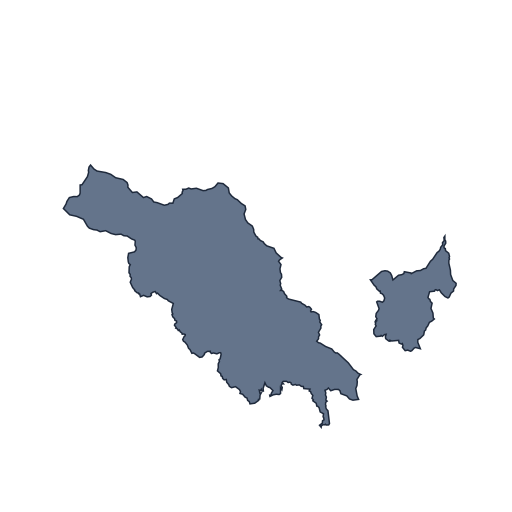 Ocaña, Norte de Santander, Colombia (Albers equal-area conic projection), rotated 125°
{"feature_id": "7082276B12484805764820", "entity_name": "Ocaña", "entity_type": "district", "adm_level": 2, "iso_a3": "COL", "parent_name": "Colombia", "parent_adm1": "Norte de Santander", "projection": "albers", "projection_center": [-73.373, 8.221], "detail": "fine", "context": "isolated", "style": "filled", "palette": "slate", "viewbox_px": 512, "rotation_deg": 125, "n_neighbors": 0, "source": "geoboundaries", "source_scale": "gbopen_adm2", "svg_char_len": 6104}
<svg xmlns="http://www.w3.org/2000/svg" viewBox="0 0 512 512"><g transform="rotate(125 256 256)"><path d="M282.7,161.1L277.8,161.5L276.3,162.7L274.6,162.8L273.5,165.9L271.8,166.5L271.4,167.8L267.9,170.9L268.0,174.7L268.7,177.2L270.2,178.9L269.7,179.8L267.8,180.0L267.1,182.5L267.2,183.8L268.7,185.3L268.2,187.6L268.6,191.6L268.1,192.9L272.6,204.7L272.6,207.0L271.3,207.7L270.5,211.1L269.3,212.9L269.2,214.8L270.1,216.1L268.3,216.0L266.0,219.5L264.5,219.9L262.5,222.4L258.7,222.7L256.3,224.7L255.6,226.4L252.8,229.0L248.7,230.6L247.4,234.5L245.7,234.5L242.5,233.3L242.8,234.8L241.9,241.3L239.4,245.7L241.5,253.0L241.1,256.4L240.3,258.1L240.8,261.4L240.3,263.3L240.8,264.2L239.7,265.3L239.7,267.5L237.7,271.5L235.5,273.2L233.6,276.2L233.6,281.7L232.2,285.5L228.4,289.9L223.7,291.1L221.2,293.7L221.4,298.2L220.6,303.6L221.1,306.1L220.8,310.3L219.7,314.1L216.1,317.7L215.6,324.5L218.0,329.0L222.8,329.4L225.9,330.8L229.5,334.0L230.9,334.5L232.8,336.8L234.7,343.7L238.3,347.6L238.9,350.1L241.4,351.6L243.4,354.3L244.1,353.4L246.1,353.1L247.1,352.2L253.0,353.7L256.1,355.7L260.4,354.4L262.4,357.3L264.1,357.6L267.0,360.2L269.0,367.6L270.4,370.7L269.2,374.3L270.0,379.7L272.7,381.7L271.8,390.3L274.9,393.7L273.2,400.4L271.3,401.6L269.8,403.7L269.5,408.7L272.4,415.9L272.4,421.8L273.8,426.9L277.6,435.0L277.7,438.6L276.4,443.7L278.9,443.8L282.1,442.4L283.4,441.1L287.7,439.6L297.4,439.4L298.7,440.8L305.4,436.1L307.3,435.6L309.9,436.5L311.9,439.5L315.2,442.4L319.7,442.2L322.3,441.4L327.6,441.0L329.1,432.2L326.4,425.7L324.9,418.4L328.3,411.1L328.8,408.5L327.6,404.2L326.0,401.2L325.5,397.6L321.5,393.7L320.7,387.7L319.0,383.2L315.5,379.1L315.2,375.9L313.5,373.0L313.4,367.8L312.6,364.5L313.1,363.4L316.5,361.4L317.9,358.8L320.0,357.7L322.3,357.9L326.9,361.9L330.8,360.1L334.1,357.2L335.0,355.9L335.2,354.0L337.5,353.7L342.6,350.4L343.2,348.5L344.9,347.5L345.3,345.7L346.5,344.7L349.6,344.0L352.6,338.9L353.4,335.8L354.0,335.5L354.3,332.1L353.7,331.0L354.3,330.4L353.8,329.6L355.6,327.3L352.7,325.5L351.9,321.7L349.9,319.5L348.0,319.2L347.0,320.5L344.8,319.7L342.9,318.2L343.9,315.9L342.9,315.4L343.5,312.1L343.4,306.7L342.5,303.7L343.0,302.2L342.3,296.5L348.1,294.4L350.5,292.2L351.2,290.9L352.2,291.2L353.6,289.2L354.0,286.8L355.2,285.5L354.8,283.9L355.6,283.1L356.2,282.8L358.3,283.5L359.5,283.1L360.4,280.3L361.1,280.3L360.8,278.8L361.6,276.9L360.6,276.5L361.5,274.7L361.7,272.4L362.4,271.6L361.3,270.4L360.9,268.9L362.0,268.3L363.0,268.7L366.5,268.1L367.4,266.5L367.3,264.8L368.3,261.2L370.3,258.3L370.5,256.4L372.5,252.7L371.5,251.9L371.2,250.5L371.4,244.0L369.6,242.2L366.3,241.8L365.2,242.4L362.1,241.2L360.3,238.8L361.0,238.4L361.4,236.6L359.8,235.2L358.6,231.9L356.3,230.6L355.5,229.5L356.5,228.2L360.8,226.4L362.2,226.8L363.3,225.5L366.0,225.1L369.0,222.9L372.2,221.7L372.7,217.4L374.3,215.9L374.0,214.6L375.4,213.1L375.7,211.0L374.2,209.5L376.2,207.6L377.0,204.6L378.0,203.1L377.9,200.5L374.8,197.9L374.9,193.0L376.0,190.9L377.8,190.3L376.9,187.6L377.9,183.9L377.5,181.9L379.1,180.0L379.1,178.0L380.6,176.1L377.3,172.6L372.7,171.0L372.1,171.7L371.0,170.9L367.6,172.9L365.1,173.2L366.1,174.2L364.0,176.4L363.6,175.0L362.2,175.2L363.2,173.7L362.4,172.5L360.4,174.2L354.7,176.0L356.4,173.1L356.3,170.5L355.8,169.2L356.5,164.9L359.8,164.7L361.0,163.8L362.1,165.0L363.0,164.0L359.9,162.3L357.6,160.1L356.2,157.6L354.6,157.0L349.9,160.3L350.7,158.1L348.6,159.1L347.7,161.1L346.0,161.5L345.0,160.2L344.6,162.0L343.1,161.8L341.1,159.0L341.2,157.1L339.9,155.9L339.9,154.4L340.7,153.6L340.6,151.7L338.6,150.0L338.6,148.7L336.7,146.5L336.8,144.1L335.7,142.4L337.2,140.8L334.1,135.4L336.0,135.1L335.8,133.4L336.9,132.0L337.6,129.5L340.5,128.5L340.9,126.5L342.0,126.4L342.1,122.2L344.1,120.1L343.7,119.3L344.0,117.4L346.9,114.0L346.5,110.2L349.3,108.8L349.4,108.1L351.2,106.3L352.8,107.0L354.9,105.8L358.2,106.9L358.9,104.4L357.8,105.0L356.0,104.5L354.8,102.8L354.0,102.6L354.2,101.6L352.7,99.6L351.1,99.7L341.5,108.3L340.9,110.8L339.5,112.5L338.7,112.6L338.0,113.7L335.9,115.0L334.1,114.5L333.9,116.2L331.2,117.4L330.0,119.4L328.1,120.3L326.4,122.5L324.6,121.3L322.6,121.0L323.5,117.5L320.1,115.0L318.0,111.9L318.2,110.0L320.1,107.5L318.5,101.4L319.5,97.4L318.5,93.9L314.6,89.7L312.6,92.9L307.3,98.3L304.2,99.0L300.9,100.9L299.3,102.5L293.8,102.8L293.0,102.3L293.5,105.1L292.9,108.3L293.2,111.0L290.6,119.1L288.8,132.0L288.8,134.0L289.7,134.9L289.8,136.8L288.7,140.6L290.2,147.0L290.5,153.4L291.2,155.1L291.0,157.4L287.9,157.3L286.4,158.4L284.2,158.6L282.7,161.1ZM197.1,130.1L194.2,133.6L192.8,136.3L192.9,139.5L194.1,141.9L196.7,144.3L208.9,147.4L209.9,148.6L212.2,142.4L212.4,140.2L213.7,138.1L214.1,134.8L213.5,134.2L215.0,132.8L214.6,130.9L215.0,129.0L216.6,126.5L219.3,125.5L221.4,125.9L222.1,128.7L223.3,130.5L224.4,130.8L228.5,125.0L230.3,124.5L234.1,124.6L237.0,123.1L238.1,120.8L240.2,121.0L240.6,120.7L240.3,120.1L241.1,120.4L241.1,121.4L241.5,120.0L242.2,120.1L242.9,119.1L243.7,119.0L244.4,117.5L248.7,117.4L252.1,114.8L253.1,111.3L250.2,108.0L249.3,108.0L249.4,106.5L246.6,105.6L245.5,104.5L247.9,103.7L249.3,102.4L249.5,98.5L249.0,97.4L248.2,97.9L247.8,96.1L243.3,90.8L245.2,88.9L244.7,86.3L243.8,85.9L245.0,84.3L246.8,83.7L248.0,79.5L246.1,77.8L245.4,74.8L244.3,74.1L240.6,73.6L239.4,72.8L237.7,68.2L233.9,74.0L231.6,75.5L229.6,74.4L224.4,73.4L220.9,75.0L219.3,74.6L217.3,75.4L214.8,75.2L210.9,75.9L208.6,74.7L205.3,73.8L205.1,75.2L201.3,78.3L198.6,82.6L193.6,84.7L193.2,87.0L191.8,88.7L191.9,90.1L191.3,91.4L185.7,93.3L182.4,89.6L180.8,89.8L180.3,89.2L180.3,87.6L178.5,86.4L179.9,83.1L180.8,77.9L180.3,74.7L178.8,74.2L174.6,75.0L171.4,74.1L169.6,75.2L165.4,75.3L163.6,76.4L163.2,80.7L159.6,85.9L156.1,88.6L151.3,93.9L148.8,95.6L147.5,95.7L146.7,96.9L145.5,97.1L143.2,99.7L142.9,103.8L141.3,105.2L141.6,106.2L140.9,107.1L139.9,107.7L136.7,107.9L135.0,109.2L134.3,110.7L131.4,112.7L133.1,112.7L135.4,110.7L138.1,110.9L139.8,109.5L143.0,109.7L144.8,108.9L147.2,108.9L149.3,109.6L157.3,109.4L160.3,110.1L168.6,109.7L170.3,111.4L173.6,113.0L176.0,115.9L181.4,118.7L181.0,119.3L183.8,125.5L185.6,124.8L187.7,125.9L190.0,128.2L197.1,130.1Z" fill="#64748b" stroke="#1e293b" stroke-width="1.5"/></g></svg>